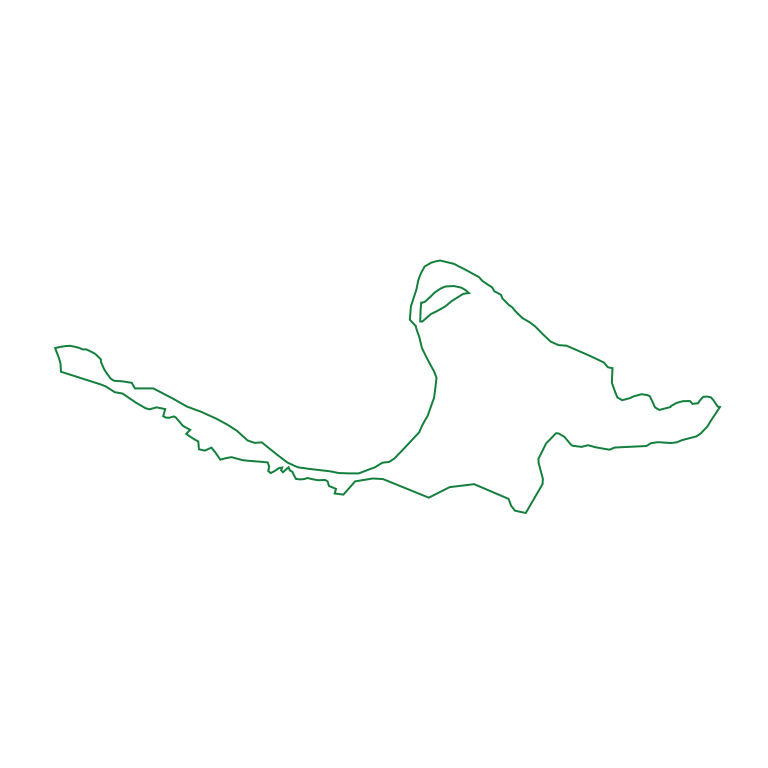 the district of Akhmim, Suhaj, Egypt, rotated 119°
{"feature_id": "37247803B62515716527778", "entity_name": "Akhmim", "entity_type": "district", "adm_level": 2, "iso_a3": "EGY", "parent_name": "Egypt", "parent_adm1": "Suhaj", "projection": "albers", "projection_center": [31.772, 26.551], "detail": "fine", "context": "isolated", "style": "outline", "palette": "green", "viewbox_px": 768, "rotation_deg": 119, "n_neighbors": 0, "source": "geoboundaries", "source_scale": "gbopen_adm2", "svg_char_len": 3640}
<svg xmlns="http://www.w3.org/2000/svg" viewBox="0 0 768 768"><g transform="rotate(119 384 384)"><path d="M529.9,672.4L521.6,631.0L521.0,626.1L521.7,615.6L519.1,608.1L520.6,591.3L520.8,580.9L519.9,576.9L514.7,571.6L512.0,563.2L519.2,561.5L519.2,558.6L517.7,555.5L514.2,552.0L514.2,549.9L518.1,539.5L518.1,531.3L523.5,532.8L524.1,527.0L524.3,523.2L524.3,518.6L530.8,514.2L529.1,508.4L523.3,504.1L525.5,498.6L529.5,490.5L525.4,486.2L521.9,481.9L519.2,470.8L516.9,465.4L510.9,452.2L509.4,448.7L509.0,447.6L512.3,444.1L516.1,443.2L516.9,440.0L513.1,437.4L508.5,435.1L506.5,432.6L509.3,432.2L510.2,429.6L503.1,427.1L505.2,424.5L505.2,421.6L507.5,418.4L509.7,414.9L508.0,410.9L505.6,407.4L503.3,405.4L502.1,400.8L500.1,395.0L496.5,389.0L496.5,386.1L499.9,382.6L499.3,377.9L499.0,375.1L503.7,374.1L500.4,365.9L494.7,364.6L488.9,363.3L483.2,362.1L472.0,347.9L468.1,339.7L467.6,338.6L461.7,289.7L442.4,276.6L427.9,256.6L426.1,239.1L424.1,219.4L428.9,213.7L431.3,208.0L428.1,197.5L394.7,196.8L393.9,197.2L390.0,199.0L378.2,210.4L374.7,212.6L357.4,213.4L352.7,212.1L343.7,209.7L342.6,207.4L342.8,200.4L346.4,191.2L346.5,188.9L343.2,180.7L338.7,176.0L336.6,167.8L336.0,166.1L332.2,155.0L327.7,151.4L311.0,124.4L306.5,122.0L302.0,116.1L296.5,104.4L293.1,99.7L288.6,96.1L284.1,91.4L278.5,85.5L273.9,83.1L264.7,80.6L262.6,80.5L259.0,80.4L241.3,79.0L241.5,79.7L242.0,81.2L240.8,83.5L239.6,85.8L238.4,88.1L237.2,91.6L238.2,95.1L240.5,98.6L246.2,99.9L248.5,99.9L251.8,104.6L250.6,108.1L253.9,114.0L258.4,118.7L264.1,122.3L265.3,122.3L272.0,129.4L273.2,130.6L273.1,135.2L271.9,137.5L270.7,138.6L265.9,145.5L265.9,146.7L265.9,147.8L268.0,153.7L270.3,156.1L273.7,159.6L277.1,162.0L279.3,164.3L280.5,165.5L282.7,167.9L282.6,173.4L279.8,176.8L279.3,177.6L278.6,178.3L272.5,185.3L259.4,191.8L260.8,196.3L258.6,202.1L259.4,215.3L260.4,226.5L262.0,243.0L265.4,250.2L266.1,259.0L263.2,270.1L260.3,279.8L259.4,286.4L259.2,295.1L256.6,304.5L254.8,308.8L254.3,313.3L251.7,322.1L249.3,324.8L249.3,328.1L249.4,332.4L247.0,336.3L246.8,340.8L246.2,347.8L244.5,352.6L244.5,359.2L244.6,369.8L244.7,371.5L244.8,373.3L245.0,381.2L247.2,389.0L248.8,394.8L251.5,398.0L255.1,401.6L261.5,405.4L264.7,405.4L268.4,405.4L273.3,404.9L277.3,404.1L285.5,401.5L303.0,398.1L315.2,392.6L317.9,384.5L317.9,384.4L318.0,384.4L320.7,381.7L325.5,376.2L334.1,368.3L339.7,360.4L345.0,352.2L348.6,346.5L353.1,341.1L363.0,337.0L371.8,333.5L377.0,332.7L380.5,332.1L390.6,330.4L395.1,330.5L401.9,330.5L409.2,329.8L412.7,330.7L419.9,332.5L432.6,335.7L444.1,338.8L449.5,341.6L453.7,347.3L461.3,351.6L468.9,358.1L474.5,362.8L478.7,370.4L483.1,379.0L483.8,380.3L486.4,388.6L495.0,409.4L495.5,410.8L497.0,415.0L497.3,415.3L498.5,418.8L499.0,422.6L499.2,425.9L499.5,430.4L497.7,443.1L494.3,462.6L498.2,468.6L499.5,475.9L496.2,490.1L495.5,500.9L495.6,513.3L497.0,530.8L497.0,531.1L497.1,531.3L499.3,545.5L499.1,561.0L499.7,583.7L508.6,599.7L506.9,602.7L505.2,605.1L508.7,614.6L512.0,621.5L511.9,625.5L508.3,633.2L506.5,636.3L504.5,638.9L504.5,639.0L503.1,640.7L501.7,642.5L499.8,643.4L499.1,645.7L498.0,649.7L497.6,651.7L497.7,655.6L497.9,658.9L498.1,661.3L499.0,662.8L499.9,664.3L500.1,667.8L501.5,673.1L503.0,677.5L505.1,680.7L508.3,684.9L511.1,688.0L512.1,689.0L518.2,681.7L518.7,681.1L520.8,679.0L522.8,677.0L525.1,675.5L529.9,672.4ZM301.7,387.8L294.7,390.9L294.4,389.9L292.0,388.0L290.6,387.5L288.3,386.7L287.1,386.5L286.0,385.9L284.9,385.6L279.4,384.0L273.5,381.0L272.8,380.6L268.9,377.5L264.5,370.5L263.4,367.0L262.2,362.9L262.4,357.7L263.3,353.9L266.7,358.4L278.7,365.0L286.4,368.0L294.2,372.8L300.3,377.0L310.9,380.8L311.7,382.7L301.7,387.8Z" fill="none" stroke="#15803d" stroke-width="2"/></g></svg>